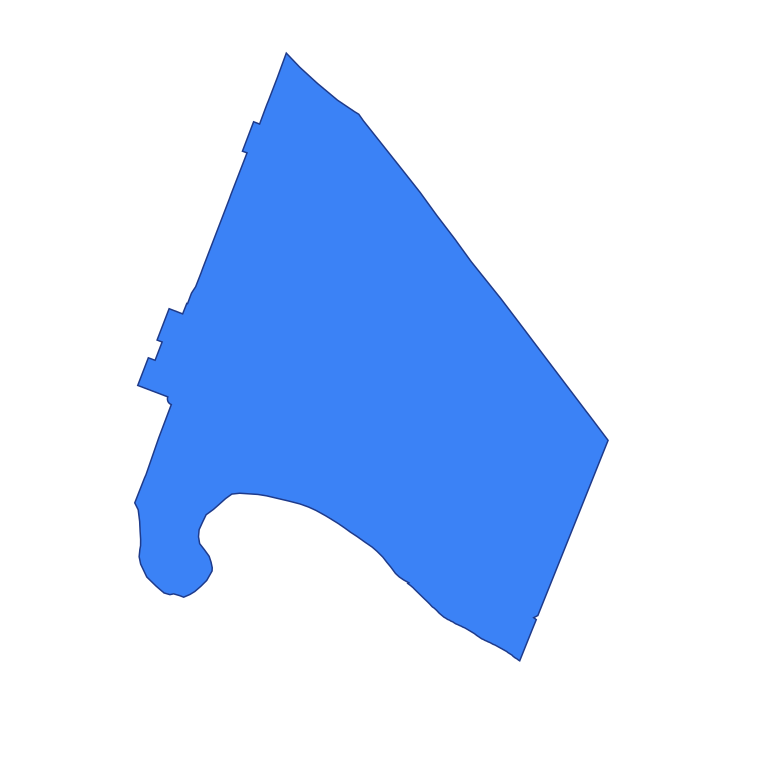 the district of Peppermint Grove, Western Australia, Australia, rotated 111°
{"feature_id": "25037944B88199537818715", "entity_name": "Peppermint Grove", "entity_type": "district", "adm_level": 2, "iso_a3": "AUS", "parent_name": "Australia", "parent_adm1": "Western Australia", "projection": "robinson", "projection_center": [115.77, -31.999], "detail": "fine", "context": "isolated", "style": "filled", "palette": "blue", "viewbox_px": 768, "rotation_deg": 111, "n_neighbors": 0, "source": "geoboundaries", "source_scale": "gbopen_adm2", "svg_char_len": 2307}
<svg xmlns="http://www.w3.org/2000/svg" viewBox="0 0 768 768"><g transform="rotate(111 384 384)"><path d="M356.3,154.6L339.6,181.3L336.8,185.9L301.5,242.7L289.1,262.6L285.9,267.7L262.8,304.9L259.3,310.9L238.5,346.5L226.5,364.9L223.6,369.3L207.6,395.3L192.4,418.6L174.8,448.2L170.8,455.0L145.4,498.0L145.1,498.4L141.2,504.2L140.3,509.2L137.4,521.7L135.7,529.1L127.4,553.4L126.3,556.3L119.2,574.3L118.4,576.3L110.1,593.8L135.8,593.4L147.7,593.4L160.9,593.4L164.4,593.5L168.3,593.5L185.9,593.3L185.9,599.7L217.4,599.6L217.3,594.7L262.3,594.8L265.8,594.7L269.7,594.7L340.9,594.7L346.1,594.6L360.7,594.7L364.8,595.6L368.2,596.3L379.4,596.2L379.4,597.0L390.7,597.1L390.7,611.6L424.3,611.6L424.3,606.2L443.9,606.2L444.0,613.4L473.6,613.4L473.5,581.2L474.7,581.1L475.9,580.7L476.4,580.4L476.9,580.1L477.4,579.7L477.9,579.3L478.6,578.3L478.9,577.7L479.3,576.5L479.4,575.2L514.7,575.0L554.1,573.7L557.5,573.9L584.3,574.1L589.5,568.4L599.8,562.9L609.1,558.8L616.3,555.5L622.2,553.3L626.0,552.6L633.0,550.7L639.4,546.6L649.2,536.3L654.3,524.5L657.2,516.5L657.4,515.7L657.9,514.6L657.4,508.4L655.3,505.2L654.8,498.9L654.8,494.6L650.1,489.8L645.6,486.3L638.5,482.5L630.9,479.1L620.2,477.5L617.1,478.5L612.3,481.6L607.5,485.5L603.0,492.4L599.1,498.9L594.3,501.7L593.9,502.0L592.9,502.5L586.2,504.4L578.1,503.9L569.8,503.2L562.2,498.3L558.6,496.4L547.7,490.8L541.3,486.6L537.7,479.6L532.3,462.2L530.5,453.6L527.4,430.9L526.1,419.5L525.9,410.3L526.4,402.4L527.9,391.5L529.8,381.2L530.5,377.5L532.5,369.1L534.4,362.1L536.1,354.2L538.5,345.0L540.5,336.6L542.6,330.8L546.0,323.1L549.4,317.5L552.5,312.0L556.8,305.3L558.7,300.5L559.9,295.4L560.7,289.6L561.7,290.3L562.6,287.1L563.8,283.7L564.5,282.3L570.2,269.1L571.0,267.1L573.1,262.3L574.0,260.6L574.8,258.9L575.2,257.0L576.4,253.9L578.1,250.5L580.2,244.5L580.5,242.3L581.0,240.3L581.0,238.2L581.4,236.5L581.4,234.6L581.9,232.6L582.2,231.0L582.2,229.0L582.4,226.8L582.4,225.1L582.7,223.3L582.7,221.3L584.6,210.2L585.5,207.3L586.9,201.3L586.9,199.6L587.2,197.9L587.2,196.2L587.4,194.5L587.4,192.4L587.9,189.0L587.9,187.0L589.8,173.5L590.3,172.1L591.2,167.5L592.0,165.8L592.7,163.4L592.9,161.7L593.6,159.3L593.8,158.1L565.5,157.7L558.8,157.6L549.4,157.4L548.5,160.5L545.0,157.4L431.4,155.7L374.9,154.9L356.3,154.6Z" fill="#3b82f6" stroke="#1e3a8a" stroke-width="1.5"/></g></svg>